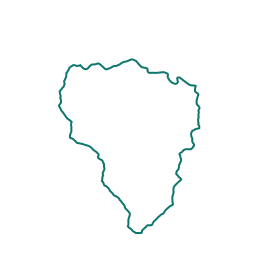 the district of Gozhing, Shemgang, Bhutan, rotated 130°
{"feature_id": "84629894B58604121437268", "entity_name": "Gozhing", "entity_type": "district", "adm_level": 2, "iso_a3": "BTN", "parent_name": "Bhutan", "parent_adm1": "Shemgang", "projection": "natural_earth1", "projection_center": [90.921, 26.963], "detail": "fine", "context": "isolated", "style": "outline", "palette": "teal", "viewbox_px": 256, "rotation_deg": 130, "n_neighbors": 0, "source": "geoboundaries", "source_scale": "gbopen_adm2", "svg_char_len": 5816}
<svg xmlns="http://www.w3.org/2000/svg" viewBox="0 0 256 256"><g transform="rotate(130 128 128)"><path d="M52.2,103.3L53.2,105.0L54.7,107.0L55.4,108.7L55.7,111.7L55.8,113.8L56.0,117.3L56.0,119.4L56.3,121.2L56.8,121.8L57.6,122.4L58.0,122.4L58.8,121.8L59.8,120.5L60.3,119.6L61.2,119.3L62.3,119.2L62.8,119.4L63.4,119.7L63.8,120.3L64.0,120.7L64.7,122.2L65.0,124.0L64.9,125.7L64.8,126.8L64.5,127.7L64.3,128.3L63.9,129.6L63.2,130.6L61.8,131.5L61.2,131.9L61.0,132.5L61.0,133.1L61.6,134.7L62.2,136.4L63.1,137.4L65.1,139.3L67.9,142.1L68.7,143.2L70.9,145.8L71.8,146.8L72.2,147.5L72.2,148.5L72.1,149.0L71.8,149.6L70.6,150.7L70.2,151.2L70.2,151.8L70.6,153.1L71.7,154.9L72.3,156.1L72.6,156.7L72.4,157.4L72.5,158.2L72.4,159.4L71.9,162.3L71.7,163.6L71.6,164.2L71.5,164.9L71.7,165.6L72.3,168.0L73.1,169.3L74.5,170.3L75.8,170.7L78.0,172.0L80.3,173.8L81.1,174.2L82.0,174.5L83.0,174.9L84.6,175.2L86.0,175.9L87.2,176.4L88.0,176.9L88.7,177.7L89.4,178.4L89.8,178.7L90.9,179.3L91.5,179.4L92.4,179.7L93.6,180.3L94.4,180.6L94.9,181.0L95.3,181.3L95.8,181.6L96.3,181.8L97.0,182.3L97.4,183.2L97.5,184.0L97.3,185.5L97.3,186.2L97.2,188.9L97.2,190.4L97.3,190.9L97.4,191.5L97.4,191.9L97.8,192.4L98.5,192.9L99.3,193.4L100.3,194.0L101.0,194.8L101.7,195.5L102.0,195.9L102.3,196.2L103.5,196.8L104.1,196.9L105.3,197.1L107.6,197.0L110.0,197.8L111.0,200.0L110.9,202.2L110.6,205.0L111.0,205.1L111.8,205.5L112.2,206.0L112.5,206.3L113.1,206.9L113.6,207.4L113.8,208.4L114.1,209.1L114.5,209.7L114.7,210.0L115.1,210.4L115.7,210.6L116.2,210.7L117.0,211.0L117.7,211.3L118.3,211.4L119.2,211.5L120.1,211.4L120.8,211.1L122.0,210.9L123.9,210.6L125.7,210.4L127.2,209.2L128.2,208.5L129.2,208.1L130.8,207.6L132.3,207.2L133.3,207.0L134.1,205.9L135.2,204.7L135.8,204.6L137.3,204.0L137.9,203.9L138.5,203.9L139.2,204.0L139.9,204.0L140.8,203.9L142.5,203.9L143.6,204.0L144.2,203.5L144.9,202.8L145.5,202.0L146.4,200.7L147.6,199.5L148.6,199.2L149.0,198.3L150.2,196.9L151.5,195.7L152.7,195.5L153.6,195.5L154.5,195.5L155.5,195.1L155.7,194.4L156.2,193.0L157.0,191.2L157.5,190.2L157.8,188.5L157.9,187.7L158.1,187.0L159.7,181.2L159.6,178.8L159.5,177.4L159.5,176.3L159.6,175.1L160.0,175.1L161.5,174.1L162.2,173.6L162.8,173.1L163.1,172.6L163.3,172.3L163.8,171.8L164.3,171.5L165.2,170.8L165.7,170.3L166.1,170.0L166.5,169.7L167.1,169.1L167.5,168.9L168.0,168.8L168.7,168.6L169.2,168.5L170.4,168.0L171.1,167.6L171.8,167.1L172.3,166.6L172.7,165.8L172.6,165.3L172.3,164.9L172.1,164.3L171.9,163.8L171.7,163.1L171.8,162.6L171.8,162.2L171.8,161.4L171.8,160.3L171.9,159.8L172.0,159.3L172.1,158.7L172.2,157.9L172.1,157.4L171.8,156.8L171.4,156.2L171.0,155.4L170.7,154.9L170.5,154.4L170.1,153.7L169.8,153.2L169.3,152.1L169.1,151.6L168.9,151.0L168.7,150.5L168.4,149.8L168.2,149.3L168.1,148.9L167.5,147.9L167.2,146.9L167.0,146.3L166.8,145.9L166.8,145.4L166.7,144.9L166.6,144.1L166.6,143.5L166.9,142.1L166.8,141.3L167.0,140.8L167.0,140.3L166.9,138.9L166.8,138.1L166.7,137.0L166.8,135.6L167.0,134.1L167.2,133.6L167.5,133.1L168.1,132.8L168.7,132.7L169.3,132.5L169.7,132.3L170.0,131.9L170.0,131.4L170.0,130.8L170.0,130.1L170.0,129.6L169.9,129.1L169.8,128.6L169.4,127.8L169.5,127.1L169.6,126.3L169.9,125.7L170.4,124.9L170.9,123.9L171.0,123.2L171.5,122.8L171.9,122.4L172.6,122.0L173.1,121.6L173.4,121.1L173.7,120.5L174.2,119.9L174.9,119.6L175.8,119.2L176.9,118.9L178.0,118.8L178.6,118.4L178.9,118.1L179.6,117.7L180.0,117.2L180.2,116.8L180.6,116.4L181.2,116.4L181.6,116.3L182.1,116.0L182.5,115.8L182.9,115.4L183.4,115.0L183.8,114.8L184.2,114.7L184.9,114.1L185.4,113.9L185.4,113.2L185.4,112.6L185.6,112.1L186.0,111.5L186.4,110.6L186.6,110.2L186.9,109.7L187.1,109.3L187.1,108.9L186.8,108.0L186.7,107.3L186.5,106.3L186.6,105.3L186.6,104.7L186.9,103.8L187.1,102.8L187.6,101.6L187.9,100.9L187.8,99.9L188.0,97.7L188.3,96.8L188.6,95.8L188.5,95.3L188.4,94.8L188.3,94.3L188.0,93.6L187.9,92.7L187.7,91.1L187.7,90.0L187.7,89.6L188.0,88.9L188.4,88.3L188.4,87.0L188.7,85.8L189.1,84.1L189.4,82.0L189.9,80.6L190.3,79.8L190.8,79.5L191.0,79.0L191.3,77.9L191.3,76.4L191.5,75.3L191.8,73.2L192.2,72.0L192.9,71.0L193.8,70.6L194.5,70.2L195.7,69.8L197.7,68.9L198.9,68.1L199.7,67.3L200.7,66.5L201.2,66.0L202.4,65.3L203.4,65.0L203.7,62.9L203.5,61.6L203.5,60.2L203.8,58.1L203.5,55.6L203.4,54.5L202.6,53.5L201.0,51.7L200.0,50.6L199.5,50.2L197.6,51.2L197.0,51.4L195.5,51.1L193.0,50.8L192.3,50.7L190.6,50.6L189.7,50.3L189.0,49.2L188.5,48.6L187.7,48.1L187.3,47.5L186.6,47.4L185.3,47.7L184.4,48.0L182.5,48.1L180.1,47.7L178.4,47.6L176.4,47.5L174.7,47.2L172.7,46.9L171.5,46.2L170.9,46.0L170.3,46.0L168.5,46.2L166.5,46.4L164.2,46.1L162.1,45.8L159.8,45.2L158.6,44.5L157.6,44.5L155.6,46.8L153.9,48.4L151.6,50.1L149.0,51.2L147.9,51.7L146.6,53.2L145.4,54.0L144.5,54.7L142.7,55.1L140.5,55.0L137.5,54.7L134.2,54.2L133.3,54.2L133.0,54.5L132.9,55.2L132.8,56.0L132.8,57.9L132.5,59.4L132.3,60.3L132.2,61.6L131.4,62.0L130.7,62.6L129.8,62.8L129.1,62.9L127.9,62.8L126.9,63.0L126.0,63.4L124.8,64.1L124.0,64.6L123.3,65.2L121.9,65.3L121.0,65.7L120.6,65.9L119.4,66.2L118.9,66.2L117.7,67.4L116.7,69.1L115.7,70.1L115.0,71.8L114.1,72.0L112.4,71.4L111.3,71.2L110.4,71.1L109.4,71.3L108.5,70.9L107.4,70.3L106.0,68.8L105.0,67.5L103.8,66.2L103.0,66.0L101.8,65.8L99.9,66.2L99.2,66.0L98.4,66.4L97.9,67.6L97.6,68.9L97.1,70.1L96.2,70.8L95.7,71.3L94.9,71.7L94.4,72.7L93.8,74.0L92.5,75.4L91.7,76.1L90.6,76.5L89.3,76.9L88.1,76.6L86.9,76.0L86.0,75.8L84.8,75.1L83.8,74.3L82.4,73.3L81.9,73.7L80.7,74.6L80.3,75.7L80.2,76.4L79.6,76.9L78.8,77.1L78.0,78.5L76.9,79.2L76.5,79.7L75.6,80.1L74.5,80.7L73.2,82.0L72.4,82.7L71.3,83.3L70.5,83.9L69.8,84.6L69.6,85.1L69.1,85.4L68.0,85.7L67.5,85.6L66.9,86.0L66.2,86.8L65.9,87.8L65.8,88.8L65.7,90.0L65.6,90.5L65.2,91.0L64.7,91.4L64.3,92.1L63.3,92.7L62.4,93.3L61.4,93.8L59.1,94.8L58.1,95.3L57.3,95.5L56.7,96.3L56.9,97.9L56.9,99.9L56.5,100.6L55.5,101.4L54.7,102.0L53.1,102.8L52.2,103.3Z" fill="none" stroke="#0f766e" stroke-width="2"/></g></svg>